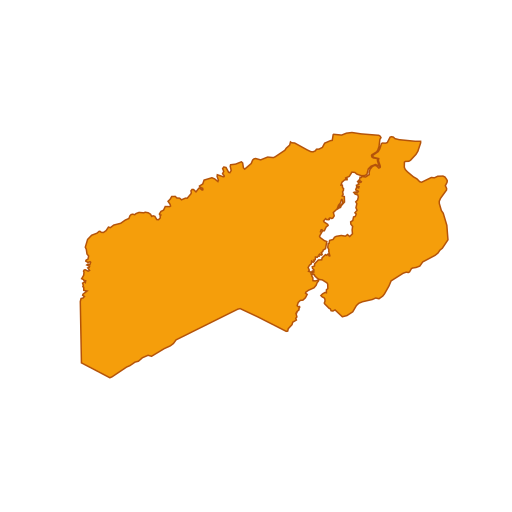 outline of Lívingston, Izabal, Guatemala, rotated 332°
{"feature_id": "79465075B12175852129517", "entity_name": "Lívingston", "entity_type": "district", "adm_level": 2, "iso_a3": "GTM", "parent_name": "Guatemala", "parent_adm1": "Izabal", "projection": "orthographic", "projection_center": [-89.005, 15.735], "detail": "fine", "context": "isolated", "style": "filled", "palette": "amber", "viewbox_px": 512, "rotation_deg": 332, "n_neighbors": 0, "source": "geoboundaries", "source_scale": "gbopen_adm2", "svg_char_len": 6142}
<svg xmlns="http://www.w3.org/2000/svg" viewBox="0 0 512 512"><g transform="rotate(332 256 256)"><path d="M51.7,268.4L69.8,294.9L72.1,295.1L89.6,293.3L93.1,293.6L99.4,292.9L102.8,293.7L108.0,292.5L114.1,293.0L116.7,295.5L131.4,294.7L138.2,295.1L142.0,294.5L146.1,292.5L215.0,294.4L217.3,295.0L229.0,310.6L247.3,336.7L248.7,337.2L250.4,335.3L255.6,333.5L257.3,331.7L261.6,331.5L261.8,329.7L263.5,329.0L264.4,325.3L265.5,325.3L265.9,324.4L268.7,323.7L269.1,322.7L270.6,321.7L270.7,321.0L269.5,320.6L269.0,319.2L271.5,316.8L274.3,316.0L276.7,317.0L280.0,316.1L283.2,313.9L282.2,312.2L282.9,311.4L286.1,310.9L292.3,311.3L295.3,310.1L297.4,308.3L299.6,307.3L299.7,306.5L296.7,305.9L294.7,304.5L296.0,301.8L295.8,299.9L296.5,298.9L296.2,297.8L297.0,296.0L295.2,294.2L296.4,293.5L296.6,290.6L299.2,289.1L301.1,288.9L302.7,286.6L303.4,288.3L304.0,288.3L305.1,287.9L305.0,286.8L306.6,287.1L308.0,284.8L309.5,285.9L310.6,285.3L311.7,285.8L312.2,284.5L313.1,284.2L313.8,285.8L314.7,285.9L315.2,285.6L315.2,283.7L317.0,283.4L318.2,282.3L320.8,282.2L325.3,276.5L323.5,274.4L321.3,269.8L321.4,268.3L325.4,265.8L324.3,264.8L325.9,263.4L326.6,263.7L326.5,265.1L328.2,265.8L331.6,263.3L334.0,262.9L334.2,261.8L332.1,257.9L332.1,256.8L335.0,255.7L335.4,257.0L337.4,258.2L338.0,258.1L338.1,257.2L339.3,257.1L340.5,258.5L341.6,258.6L343.9,257.3L344.7,253.9L349.8,252.5L352.7,249.9L355.6,248.7L357.8,246.4L358.4,246.3L358.5,246.8L358.0,249.2L356.7,250.3L353.3,251.1L351.3,252.7L352.4,252.6L353.9,251.4L352.9,253.2L354.9,251.6L359.5,249.9L361.9,245.0L360.3,243.4L361.9,242.4L362.6,239.9L363.9,239.2L365.0,237.5L364.5,236.3L365.5,234.0L364.3,233.3L366.6,231.2L370.0,230.4L372.3,231.4L372.7,230.5L371.6,229.6L371.8,229.1L375.7,229.5L380.1,227.0L382.5,228.6L383.5,231.1L386.8,234.6L389.7,236.0L392.2,236.0L396.1,231.8L399.8,230.7L404.5,231.3L406.9,234.5L407.9,229.0L409.0,227.0L405.6,224.5L404.8,222.9L405.1,221.6L405.8,221.0L411.3,220.7L413.2,219.7L416.1,217.0L420.1,211.2L421.9,210.2L421.9,208.6L421.1,207.1L406.1,197.5L398.7,192.0L393.5,190.0L388.3,189.4L381.7,185.0L381.1,185.1L377.6,189.7L375.9,189.1L369.6,188.6L365.6,191.3L361.8,191.2L359.5,190.1L357.8,191.0L355.2,190.8L353.4,189.6L351.1,186.5L343.2,174.4L340.6,172.7L340.0,171.5L337.8,173.9L333.3,175.0L331.1,176.2L319.5,177.4L317.6,177.3L312.7,174.1L305.2,173.3L301.4,169.7L299.8,169.3L298.1,169.7L295.2,172.1L286.8,174.0L286.3,172.2L287.9,167.6L287.3,166.0L281.1,165.3L276.4,163.5L275.4,164.6L274.2,168.9L272.0,170.2L271.1,169.3L271.1,163.8L269.4,162.3L267.6,163.1L267.2,166.2L265.1,167.6L265.6,170.2L265.2,170.9L264.3,170.7L260.0,166.1L259.0,167.5L258.4,171.5L257.3,172.4L255.7,168.5L253.8,166.2L245.8,164.6L242.8,167.4L238.9,167.7L238.9,169.0L240.7,171.2L240.2,172.6L239.4,172.5L238.3,170.0L237.4,169.3L233.1,171.2L232.1,168.0L230.8,167.2L229.2,167.9L228.5,169.9L227.6,170.6L222.4,172.7L220.9,171.8L216.6,171.4L215.7,169.1L213.3,167.6L212.7,165.5L209.5,163.9L206.8,165.6L204.0,166.4L204.4,170.1L204.0,171.8L203.0,171.9L199.1,169.7L195.9,172.1L193.0,172.0L190.4,173.6L190.3,174.4L191.2,175.2L190.0,176.0L189.4,177.4L187.0,178.2L185.5,177.3L185.3,173.5L184.0,172.2L182.5,172.1L182.5,169.6L181.1,167.2L178.7,165.3L177.2,165.2L173.2,162.6L170.0,162.2L168.3,162.6L166.8,161.2L165.2,160.8L163.6,161.3L161.4,163.2L157.4,162.9L151.9,163.6L144.9,161.9L140.7,162.6L139.3,161.2L135.6,163.2L132.3,163.6L130.5,162.5L129.8,160.9L129.0,160.6L126.3,161.2L120.6,160.5L115.1,162.3L109.4,168.1L109.3,170.4L107.7,174.9L108.2,177.4L106.3,179.8L104.0,179.9L103.3,180.6L104.5,182.7L106.9,183.2L107.1,183.9L105.3,185.6L104.0,184.3L102.4,184.5L104.2,187.0L103.5,187.7L101.9,187.5L102.3,190.6L100.6,190.6L98.8,188.0L97.7,187.7L96.6,188.4L96.5,189.6L94.8,192.1L91.4,194.2L92.6,195.8L92.6,196.8L94.0,197.9L92.9,199.3L92.6,198.3L90.1,198.6L89.8,200.7L88.7,201.8L89.2,202.7L87.8,205.5L90.4,207.6L85.3,208.5L84.5,209.3L85.5,211.2L83.5,211.9L81.6,211.4L79.5,213.7L51.7,268.4ZM455.2,232.0L450.2,229.3L437.0,220.5L433.8,217.6L433.1,215.5L431.7,214.3L430.2,214.0L425.2,217.5L423.3,217.2L420.6,215.6L419.5,215.7L415.6,219.5L412.9,221.2L405.9,222.0L406.1,224.1L410.1,227.6L408.8,229.4L407.9,235.1L407.2,236.1L405.7,236.0L404.6,232.6L402.8,231.6L400.5,231.7L397.2,233.1L395.0,235.5L394.2,237.3L389.9,237.7L386.9,235.6L385.8,236.1L384.9,235.3L383.5,237.0L380.9,237.9L381.8,238.9L383.0,238.0L383.9,239.8L383.3,240.2L380.6,239.4L380.4,241.0L377.9,240.7L377.5,242.0L379.5,243.2L378.6,244.1L377.9,243.0L376.9,242.7L376.3,243.6L375.4,243.8L375.1,245.8L376.4,246.0L376.7,247.0L375.0,247.8L373.3,246.0L372.2,245.8L372.6,247.9L374.5,249.9L374.1,251.9L371.9,254.3L369.5,255.0L369.6,257.2L366.9,260.3L366.7,263.1L363.6,264.3L364.2,266.0L362.2,267.7L360.5,267.3L358.1,270.1L355.6,270.3L354.7,272.4L355.2,275.2L353.1,278.1L351.6,281.7L347.9,282.8L346.8,280.0L344.3,280.5L340.9,277.9L336.0,276.3L334.1,276.3L331.9,277.6L328.3,276.8L326.5,279.1L325.5,279.1L323.4,282.1L323.3,284.7L322.4,286.0L321.3,290.5L320.7,290.4L320.4,288.1L318.6,288.5L318.0,287.4L313.6,288.6L312.2,290.2L309.2,288.8L304.0,290.5L303.0,292.3L300.6,291.9L300.1,293.6L300.7,295.2L299.5,297.2L298.7,295.7L298.1,296.0L297.9,299.3L298.7,299.8L298.6,301.4L299.7,304.5L300.8,306.4L303.3,308.2L306.0,313.0L306.1,314.5L304.1,318.5L302.3,318.9L300.9,321.5L299.9,320.6L296.9,320.7L294.7,321.4L295.3,323.3L296.5,324.9L296.6,326.3L295.8,328.2L294.2,329.6L294.2,330.6L296.0,336.6L296.8,337.5L296.6,339.6L298.1,340.7L300.5,340.7L303.7,350.2L308.3,351.3L315.2,350.7L321.4,346.9L324.6,346.0L328.6,346.4L338.2,349.0L342.0,349.3L344.5,351.5L349.1,350.9L351.6,349.8L359.3,344.9L363.6,341.4L377.8,340.3L381.1,340.8L382.7,342.1L384.1,342.1L387.2,340.2L388.5,340.1L392.0,341.3L395.9,341.8L400.4,339.5L414.4,339.5L418.1,338.8L421.1,337.2L424.2,336.6L433.1,331.8L438.9,318.5L441.4,306.1L441.0,302.9L442.5,295.7L443.5,293.7L446.0,291.7L455.2,287.2L456.0,285.9L456.2,282.8L459.2,280.7L460.2,279.4L460.3,277.9L459.9,274.9L458.6,273.2L453.9,270.9L450.2,270.7L447.7,269.0L436.7,268.6L435.4,267.2L434.3,263.4L432.1,259.9L429.2,252.7L428.4,249.7L428.6,247.3L431.1,242.8L432.2,242.6L435.4,244.1L437.4,244.0L444.9,241.4L448.1,239.5L454.5,233.4L455.2,232.0Z" fill="#f59e0b" stroke="#b45309" stroke-width="1.5"/></g></svg>